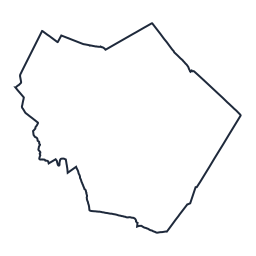 outline of Sabareni, Giurgiu, Romania
{"feature_id": "2599482B37773759614218", "entity_name": "Sabareni", "entity_type": "district", "adm_level": 2, "iso_a3": "ROU", "parent_name": "Romania", "parent_adm1": "Giurgiu", "projection": "natural_earth1", "projection_center": [25.872, 44.513], "detail": "fine", "context": "isolated", "style": "outline", "palette": "slate", "viewbox_px": 256, "rotation_deg": 0, "n_neighbors": 0, "source": "geoboundaries", "source_scale": "gbopen_adm2", "svg_char_len": 5628}
<svg xmlns="http://www.w3.org/2000/svg" viewBox="0 0 256 256"><path d="M166.8,231.6L168.0,230.1L172.8,223.6L175.5,219.9L178.6,215.9L179.4,214.7L187.4,204.3L187.9,204.3L190.2,203.3L195.6,187.2L196.8,187.1L200.3,181.7L203.1,177.1L209.5,166.7L214.4,158.5L220.0,149.4L223.1,144.4L228.4,135.6L240.6,115.6L240.5,115.4L240.4,114.8L236.3,110.6L235.3,109.7L234.1,108.7L232.5,107.1L231.4,106.1L229.3,104.1L227.4,102.4L222.6,97.7L217.5,93.0L205.4,81.7L197.9,74.8L194.0,71.3L193.3,71.1L192.3,71.3L192.0,71.1L191.7,70.6L190.5,71.8L190.1,71.4L189.4,69.6L189.0,69.0L188.3,67.0L187.7,66.1L186.6,64.6L186.1,64.1L185.7,63.8L184.0,61.8L183.3,61.2L183.1,60.8L182.6,60.2L182.1,59.8L181.3,59.0L180.8,58.7L180.6,58.5L177.4,55.3L174.4,52.5L174.2,52.3L173.8,51.3L172.2,49.5L169.8,46.3L166.8,42.2L164.0,38.8L160.4,33.9L152.2,23.3L151.8,23.3L145.8,26.7L144.7,27.3L138.6,30.8L136.2,32.2L133.3,33.8L113.2,45.3L107.3,48.7L105.9,49.5L105.5,49.7L105.2,49.4L104.9,48.9L104.2,48.3L103.3,47.7L102.8,47.4L101.9,47.1L101.5,47.0L101.1,46.8L101.1,47.0L100.4,46.8L98.9,46.8L98.1,46.7L97.1,46.6L96.2,46.4L95.9,46.5L92.3,45.8L92.0,45.7L91.3,45.6L89.7,45.3L89.2,45.2L89.2,45.3L89.0,45.2L88.3,45.0L85.1,44.4L84.4,44.3L83.3,44.1L61.3,35.5L57.8,42.0L57.5,42.1L49.0,35.8L47.6,34.9L42.5,31.1L42.1,31.0L25.2,64.6L24.7,65.6L21.8,71.4L21.2,72.7L21.2,72.8L21.0,73.0L20.2,74.7L20.1,75.7L20.0,75.9L21.1,81.9L21.1,82.4L21.0,82.8L20.8,83.0L20.5,83.4L20.1,83.7L19.1,84.8L17.5,85.8L16.1,87.1L15.9,87.3L15.6,87.4L15.4,87.4L15.8,87.9L17.7,90.3L20.4,93.4L21.5,94.7L23.8,97.4L23.5,99.3L23.0,101.3L22.7,102.8L22.3,105.0L22.0,106.0L21.9,106.5L22.0,107.1L22.1,107.6L22.3,108.0L22.8,108.6L23.5,109.7L24.8,111.9L25.2,112.6L25.6,113.0L26.3,113.6L27.4,114.4L29.4,116.0L31.8,117.8L37.9,122.6L38.0,123.0L37.8,123.6L37.5,124.1L37.2,124.7L37.0,125.1L36.5,125.9L35.8,126.7L35.5,127.2L35.4,127.7L35.3,128.6L35.2,128.7L34.9,129.1L34.3,129.7L33.9,130.3L33.5,130.6L33.2,130.8L33.1,131.0L33.1,131.7L33.2,132.0L33.3,132.7L33.4,133.7L33.5,134.4L33.6,135.0L34.2,135.8L34.4,136.1L34.6,136.5L34.8,136.8L35.2,137.0L35.5,137.2L36.1,137.4L36.9,138.0L37.3,138.7L37.4,139.0L37.5,139.4L37.5,140.0L37.6,140.4L37.7,140.8L38.0,141.0L38.4,141.3L38.8,141.5L39.0,141.7L39.2,142.1L39.2,142.8L39.2,143.2L39.2,143.6L39.4,143.9L39.9,144.5L40.0,144.6L40.0,144.9L39.6,145.3L39.1,146.5L38.9,146.8L38.8,147.3L38.8,147.7L38.7,148.2L38.5,148.9L38.4,149.3L38.4,149.7L38.8,150.4L39.3,150.9L39.8,151.4L40.3,152.2L40.3,152.5L40.3,152.8L40.1,152.9L39.8,153.4L39.7,153.6L39.7,153.8L39.8,154.1L40.0,154.5L40.2,155.0L40.3,155.2L40.2,155.4L40.0,156.0L39.8,156.3L39.8,156.5L39.7,156.9L39.5,157.7L39.3,158.1L39.3,158.4L39.3,158.6L39.3,158.8L39.5,159.1L39.8,159.3L40.1,159.5L40.7,159.5L41.0,159.5L41.5,159.5L41.9,159.4L42.3,159.4L42.7,159.6L43.8,159.5L44.4,159.7L44.6,159.7L44.8,159.8L45.0,160.0L45.3,160.6L45.5,160.7L45.8,160.7L46.2,160.7L46.5,160.7L46.8,160.7L47.2,160.8L47.9,161.1L48.1,161.5L48.3,161.8L48.4,162.3L48.7,163.4L55.6,159.3L55.9,159.8L56.3,160.2L56.7,160.7L56.9,161.1L57.1,162.2L57.4,163.2L57.6,163.7L57.7,164.4L57.8,164.7L58.2,165.3L58.4,165.5L58.6,165.6L58.9,165.6L59.1,165.5L59.3,165.3L59.4,165.1L59.5,164.7L59.5,163.8L59.5,162.9L59.7,161.6L60.1,160.1L60.2,159.7L60.4,159.4L60.9,158.9L61.4,158.7L62.7,158.6L63.2,158.6L63.6,158.6L64.3,158.8L64.9,159.1L65.8,159.5L66.0,160.7L66.2,161.7L66.6,164.4L66.8,165.1L66.9,166.0L67.0,166.8L67.2,167.8L67.5,170.4L67.5,170.8L67.7,172.8L76.1,166.8L76.7,168.4L77.1,169.1L77.4,169.7L77.8,170.5L78.1,171.2L78.3,172.0L78.6,173.3L78.8,173.8L79.6,175.3L79.9,176.3L80.0,176.8L80.0,177.2L80.0,177.7L80.2,178.2L80.3,178.5L80.8,179.4L81.1,180.3L81.4,181.4L81.7,182.2L82.0,182.7L82.4,183.9L82.6,184.2L82.7,184.6L83.0,185.0L83.1,185.3L83.2,185.9L83.4,186.3L83.6,186.7L83.8,187.3L84.0,187.7L84.1,187.9L84.3,188.6L84.3,188.8L84.5,188.9L84.6,189.1L85.4,189.8L85.5,190.0L85.8,190.5L85.9,191.3L86.1,192.1L86.4,192.7L86.3,193.0L86.3,193.3L86.4,193.5L86.5,193.8L86.6,194.3L86.9,195.3L87.0,195.5L87.0,195.9L87.0,196.3L86.7,197.5L86.9,198.5L86.9,198.9L86.9,199.3L87.5,201.1L88.0,202.2L88.1,203.2L88.6,204.7L88.8,205.2L88.9,205.9L89.1,206.9L89.4,210.0L89.6,210.3L89.9,210.5L90.2,210.7L90.5,210.8L91.4,211.0L92.3,211.1L93.4,211.2L94.9,211.3L95.8,211.3L97.1,211.6L97.4,211.5L97.8,211.5L98.3,211.7L98.6,211.7L99.3,211.6L99.6,211.7L100.9,211.9L101.5,212.0L102.0,212.2L102.7,212.3L103.7,212.4L105.2,212.8L107.6,213.1L108.9,213.4L110.0,213.6L110.7,213.7L111.6,213.7L112.0,213.8L112.6,213.9L113.3,214.1L114.0,214.2L115.2,214.4L116.5,214.7L117.2,214.9L117.5,215.0L118.3,215.3L119.1,215.5L120.5,215.7L120.9,215.8L121.3,216.0L121.9,216.1L122.8,216.2L123.8,216.5L124.2,216.7L124.5,216.7L124.9,216.7L125.6,216.9L125.9,217.1L126.6,217.3L127.0,217.3L127.4,217.4L127.7,217.4L128.2,217.4L128.9,217.2L129.3,217.2L129.6,217.2L130.0,217.2L130.4,217.3L131.8,217.7L132.1,217.7L133.3,217.8L133.7,217.9L134.0,218.1L134.7,218.5L135.0,218.7L135.2,219.0L135.7,219.7L135.9,220.2L136.0,220.4L136.1,220.7L136.1,220.9L136.0,221.2L136.0,221.4L136.2,221.7L136.6,222.2L136.9,222.5L137.0,222.7L137.2,223.0L137.5,223.0L137.1,226.6L137.7,226.4L138.2,226.1L138.9,226.0L139.5,225.9L140.1,225.9L141.2,225.8L141.5,225.9L141.9,226.1L142.2,226.4L142.9,226.8L143.6,227.2L143.9,227.4L144.7,227.7L146.0,228.0L146.4,228.2L146.7,228.3L147.0,228.5L147.5,228.6L148.0,228.8L148.4,229.0L148.8,229.2L149.0,229.4L149.2,229.6L150.0,230.0L150.8,230.3L151.4,230.4L151.7,230.5L152.1,230.6L152.8,231.1L153.6,231.4L154.6,231.8L154.8,231.8L155.1,231.9L155.7,232.3L156.0,232.4L156.6,232.6L156.8,232.7L157.1,232.7L157.4,232.7L159.4,232.3L160.3,232.2L161.2,232.1L162.2,232.1L165.7,231.5L166.1,231.5L166.5,231.5L166.8,231.6Z" fill="none" stroke="#1e293b" stroke-width="2"/></svg>